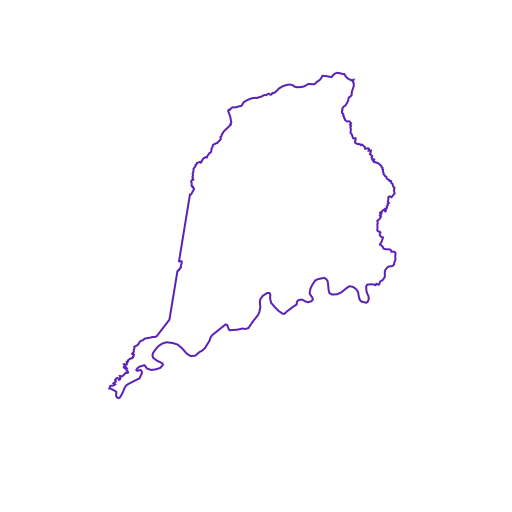 outline of Hobo, Huila, Colombia, rotated 220°
{"feature_id": "7082276B60614758896668", "entity_name": "Hobo", "entity_type": "district", "adm_level": 2, "iso_a3": "COL", "parent_name": "Colombia", "parent_adm1": "Huila", "projection": "natural_earth1", "projection_center": [-75.433, 2.565], "detail": "fine", "context": "isolated", "style": "outline", "palette": "violet", "viewbox_px": 512, "rotation_deg": 220, "n_neighbors": 0, "source": "geoboundaries", "source_scale": "gbopen_adm2", "svg_char_len": 6047}
<svg xmlns="http://www.w3.org/2000/svg" viewBox="0 0 512 512"><g transform="rotate(220 256 256)"><path d="M369.6,354.7L370.2,352.0L370.0,351.0L370.5,350.9L370.9,350.2L370.5,349.1L365.6,346.4L360.8,342.5L360.5,341.7L360.4,340.4L359.7,340.3L360.8,330.4L360.4,328.9L360.3,327.0L359.5,325.9L359.7,324.2L358.6,323.5L357.9,322.3L358.3,321.4L358.0,320.6L358.4,318.9L358.3,317.6L358.8,317.1L360.4,313.6L359.2,310.9L359.1,309.7L357.5,307.4L357.3,305.9L357.8,304.8L357.5,301.1L357.0,300.2L357.1,299.6L358.4,299.1L359.0,296.7L359.0,295.7L358.6,294.8L358.7,293.6L358.2,292.8L358.3,292.1L358.7,292.2L359.5,291.9L359.7,291.3L361.0,289.4L360.5,287.9L360.8,287.0L360.4,286.7L360.0,284.8L360.0,282.8L358.1,280.3L357.5,278.4L355.9,277.0L355.5,275.7L355.0,275.6L354.0,274.6L353.2,274.4L353.1,274.1L353.9,273.6L353.6,271.4L352.3,270.7L350.2,268.2L348.9,268.6L348.5,267.9L347.0,267.9L346.3,267.0L346.0,264.8L345.3,261.7L345.5,261.0L346.1,260.6L311.9,203.0L311.7,203.2L311.2,202.6L309.6,204.1L308.5,203.1L307.5,200.7L306.1,198.9L306.4,197.9L305.9,196.0L306.4,195.5L306.2,194.1L306.4,193.8L281.4,151.6L280.5,130.5L281.8,128.6L283.5,127.2L284.3,125.7L288.2,121.2L288.4,119.2L289.9,116.2L289.4,111.8L290.9,108.2L290.2,107.7L289.1,105.4L288.0,104.0L288.2,103.0L287.9,102.5L288.1,101.6L287.7,101.3L286.2,102.1L285.9,101.0L285.5,100.7L285.5,99.8L285.1,99.2L285.1,98.3L285.8,97.7L285.8,97.1L286.4,96.4L287.0,93.7L286.1,92.6L286.2,92.1L286.9,91.7L285.8,90.8L285.3,89.9L286.2,88.6L287.2,88.7L287.6,88.1L285.1,87.5L285.9,86.2L285.7,85.7L284.6,85.6L283.1,86.9L282.6,87.0L282.6,86.0L282.3,85.4L280.3,85.3L279.2,84.7L279.1,84.4L279.1,84.0L280.8,82.8L280.7,81.1L281.2,77.8L283.2,76.5L281.6,75.5L280.9,74.2L281.0,73.6L281.3,73.1L282.5,73.7L284.1,73.3L284.3,72.6L284.2,70.3L282.8,70.0L282.7,69.6L283.4,66.9L281.4,67.2L281.9,65.2L284.1,62.9L283.5,61.0L283.2,60.2L281.7,61.1L277.9,61.9L275.8,62.1L274.9,61.3L274.1,59.9L273.0,58.8L271.6,58.3L270.0,58.7L269.3,60.1L270.1,64.9L271.9,70.7L272.3,73.1L271.6,75.7L268.0,84.3L266.6,87.2L268.2,93.2L269.4,94.2L271.1,94.6L272.9,92.0L273.8,91.6L274.5,91.8L274.6,94.0L274.1,96.4L271.3,100.6L266.9,99.8L263.1,101.3L259.9,104.7L257.4,108.8L257.3,112.9L258.8,113.6L264.5,112.2L269.4,111.9L271.5,113.3L272.6,115.7L273.0,121.4L272.7,124.8L271.5,128.7L269.1,132.4L263.9,135.8L259.0,137.8L253.6,137.8L246.2,136.7L241.7,137.3L238.4,140.7L237.5,146.4L236.5,148.6L235.9,152.6L237.1,160.9L238.5,164.7L238.7,167.4L235.3,184.0L233.8,184.6L229.9,182.5L228.5,182.2L222.7,187.8L219.9,191.6L217.2,193.3L215.5,195.9L216.3,204.3L216.5,211.9L217.4,215.3L220.2,220.1L222.9,222.5L224.8,225.3L225.3,229.5L223.7,234.9L221.9,236.3L219.9,235.3L218.1,232.7L214.2,229.8L207.6,228.8L203.4,228.5L198.8,228.8L197.1,229.9L196.6,233.8L194.6,242.2L193.7,244.9L195.1,247.1L195.2,249.2L194.0,251.0L192.8,252.0L191.7,252.5L189.0,252.9L186.3,254.1L184.6,256.8L184.4,259.1L185.7,260.2L190.7,261.6L193.1,265.5L194.2,269.2L195.0,275.2L193.8,277.8L191.9,280.4L189.7,283.1L187.7,283.4L185.4,283.0L182.9,281.0L178.7,276.8L175.9,274.8L172.9,275.4L169.4,278.7L167.3,282.9L165.8,290.5L164.8,293.1L162.0,294.6L158.6,295.0L156.2,294.6L154.5,293.9L150.3,290.3L148.2,289.1L145.7,288.9L141.4,291.1L141.1,293.0L141.8,295.3L143.8,297.4L147.0,298.9L149.0,300.3L152.0,303.4L152.4,305.5L149.9,308.1L147.7,309.7L145.8,310.4L145.6,311.1L146.0,311.8L145.9,312.2L144.1,312.6L143.5,313.0L143.4,313.6L144.3,315.6L144.4,316.5L143.5,318.9L143.7,321.7L144.2,323.2L147.3,326.8L147.8,327.8L148.0,329.5L148.0,332.2L147.6,333.2L145.2,335.8L144.8,336.8L144.9,338.5L145.9,339.8L146.8,342.8L149.1,345.2L151.0,348.0L152.2,348.2L153.3,347.9L155.0,346.3L156.7,347.2L157.8,347.0L160.5,344.9L163.0,343.6L164.7,344.5L167.4,344.7L168.1,344.4L168.5,344.5L168.8,347.1L170.6,351.8L172.8,351.2L174.1,351.3L175.0,351.9L175.6,353.8L176.8,354.2L177.5,353.6L179.1,353.4L179.6,353.6L181.6,356.4L183.1,357.9L184.2,359.8L185.7,361.0L185.2,363.0L185.2,365.1L185.7,366.5L187.1,366.5L187.2,367.0L186.8,367.7L186.9,368.2L188.3,368.5L188.9,369.0L188.7,369.4L187.6,369.9L188.3,371.3L188.1,372.8L187.2,373.7L185.8,373.2L185.4,373.5L185.4,373.8L186.0,374.7L187.6,374.7L187.6,375.1L186.9,375.6L186.6,376.9L186.7,377.2L187.8,378.2L187.7,379.9L188.6,380.4L188.3,382.1L190.0,382.3L191.0,384.5L192.4,386.0L192.1,387.5L190.0,388.1L190.0,392.6L190.1,393.1L192.7,395.1L193.6,397.2L196.0,397.6L197.6,399.0L199.3,398.9L200.6,400.2L201.2,400.1L202.0,399.3L203.0,399.9L204.7,399.3L205.7,399.5L207.0,400.4L208.5,400.1L209.8,400.7L210.8,400.6L211.6,401.6L213.0,402.2L214.0,403.7L214.9,403.7L215.6,404.8L216.6,404.7L217.9,405.5L220.4,405.7L222.3,405.5L223.7,405.1L223.9,404.7L225.5,404.5L226.4,403.7L226.8,403.9L227.5,405.9L228.4,405.4L228.7,404.5L228.9,404.5L229.9,405.4L230.8,405.6L231.3,407.3L234.3,407.3L234.5,408.6L235.7,410.5L236.2,409.8L237.1,410.1L237.5,409.2L238.4,410.8L238.7,410.8L239.6,410.3L241.4,408.3L242.7,409.4L246.4,409.5L246.9,409.1L247.1,408.2L248.6,408.3L250.2,407.0L252.6,406.4L253.9,407.4L254.0,408.3L255.1,410.1L255.7,410.1L256.1,409.3L257.2,408.6L260.8,410.7L262.9,411.2L264.7,414.0L266.5,415.2L266.7,416.7L268.5,417.0L268.3,418.6L269.8,419.1L271.2,419.1L272.8,417.5L275.5,417.5L276.3,418.3L277.3,418.4L278.5,419.5L279.4,419.5L280.4,420.9L282.0,420.9L283.5,422.5L283.5,423.3L284.7,424.4L284.8,427.0L284.3,428.8L284.5,431.3L285.4,434.5L286.8,436.9L286.2,439.0L286.2,440.9L287.9,442.9L290.4,449.1L292.1,451.1L293.8,451.8L294.5,453.7L296.0,451.7L296.7,451.9L298.0,451.3L299.8,451.0L302.1,451.1L305.5,452.1L306.7,451.0L309.3,450.0L311.9,448.2L313.1,445.5L313.2,441.6L319.0,438.2L320.9,436.6L320.3,433.6L320.4,431.4L321.4,428.2L321.4,426.1L322.3,424.5L326.6,421.3L327.8,417.5L329.8,414.6L333.0,411.7L335.3,410.5L337.5,410.5L340.0,409.3L341.4,408.0L342.8,406.2L345.1,402.4L345.1,401.7L346.1,399.2L346.2,396.6L346.7,393.0L347.3,392.1L348.2,391.4L348.0,390.0L348.3,389.0L348.9,388.7L350.4,388.7L350.9,388.2L351.5,385.9L353.2,384.5L354.6,381.0L356.1,379.2L356.6,377.8L358.2,376.7L360.2,374.7L361.5,372.6L363.1,369.4L364.3,365.7L363.7,362.9L363.8,361.3L365.1,360.0L367.0,356.9L369.6,354.7Z" fill="none" stroke="#5b21b6" stroke-width="2"/></g></svg>